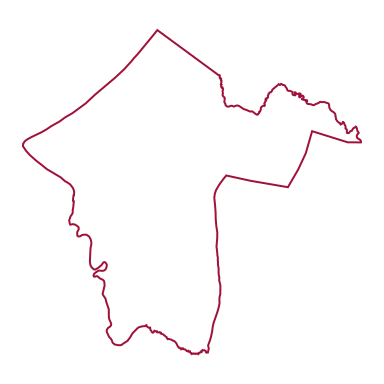 Nchelenge, Luapula, Zambia (Robinson projection)
{"feature_id": "96606910B37258058096160", "entity_name": "Nchelenge", "entity_type": "district", "adm_level": 2, "iso_a3": "ZMB", "parent_name": "Zambia", "parent_adm1": "Luapula", "projection": "robinson", "projection_center": [28.93, -9.367], "detail": "fine", "context": "isolated", "style": "outline", "palette": "rose", "viewbox_px": 384, "rotation_deg": 0, "n_neighbors": 0, "source": "geoboundaries", "source_scale": "gbopen_adm2", "svg_char_len": 5915}
<svg xmlns="http://www.w3.org/2000/svg" viewBox="0 0 384 384"><path d="M157.3,30.1L153.1,35.4L137.7,54.1L133.8,58.3L131.3,61.4L124.4,69.0L114.9,77.9L95.0,94.7L85.7,103.4L72.4,113.2L65.1,117.4L59.7,121.4L51.3,126.1L46.8,129.2L41.4,132.3L31.8,136.9L27.0,139.5L24.7,141.4L23.1,143.9L23.0,146.3L26.2,151.0L27.4,152.3L29.7,154.9L36.3,160.8L41.9,165.1L46.9,169.2L60.6,177.3L64.9,181.1L65.7,181.6L66.8,182.1L70.2,184.4L73.0,188.1L73.9,190.7L74.2,192.9L74.0,195.1L73.6,195.1L73.1,198.3L73.0,200.6L73.4,201.7L73.8,201.6L73.2,207.7L72.7,210.0L72.7,212.8L71.9,214.5L70.6,216.2L69.2,220.3L69.8,223.7L70.2,224.6L71.0,224.6L72.7,224.1L75.1,224.6L77.5,226.2L78.4,227.0L78.6,227.4L78.7,229.4L77.2,232.2L77.3,235.6L78.1,236.3L78.6,236.5L80.0,236.4L81.6,235.3L82.5,234.9L84.4,234.7L86.4,234.7L89.1,236.5L90.6,239.2L91.3,241.8L91.3,244.4L90.6,247.7L90.4,250.5L89.9,261.6L90.3,264.7L91.4,267.1L93.6,269.2L95.0,269.6L96.5,268.9L98.8,267.4L101.5,265.1L103.4,262.4L104.6,262.1L106.0,263.1L106.8,264.8L106.7,266.4L105.9,268.9L104.5,270.3L102.6,270.9L99.9,270.6L98.7,270.6L98.2,270.8L96.4,272.0L94.2,273.7L93.5,275.4L93.6,276.0L94.2,276.7L95.3,276.6L96.1,276.2L97.1,276.2L98.4,277.0L100.0,278.5L101.3,279.0L103.1,280.0L103.9,280.9L104.3,281.7L104.6,285.6L102.6,293.9L103.2,295.2L105.5,298.6L106.3,302.0L108.8,309.3L108.8,315.3L109.0,318.1L109.6,320.1L110.3,321.4L111.2,324.0L111.1,325.1L110.3,326.4L108.1,327.9L107.2,329.1L106.8,330.0L106.7,331.7L109.1,336.9L110.8,338.7L111.7,340.1L112.7,342.8L114.6,344.4L118.1,345.2L120.6,345.2L121.8,344.8L122.8,343.9L127.8,340.7L128.3,339.7L130.0,337.6L132.5,333.3L137.4,328.3L138.8,327.3L142.4,326.3L145.2,326.1L145.6,325.6L146.4,325.2L146.6,326.0L147.5,327.0L149.0,327.8L150.1,327.6L150.4,329.9L151.4,331.0L151.7,331.7L152.1,332.3L152.8,332.7L153.9,331.9L154.4,330.8L155.2,331.2L156.9,331.3L156.9,332.2L157.3,332.4L158.9,332.3L159.1,332.2L159.6,332.2L160.1,332.8L160.7,332.5L161.0,332.8L161.1,333.7L162.5,334.1L163.7,334.7L164.0,335.2L164.7,335.6L165.6,336.5L166.6,337.1L166.8,337.5L166.8,338.0L167.3,338.7L167.9,339.2L168.3,338.9L169.1,339.0L171.4,339.7L172.7,340.6L173.8,340.8L174.8,341.5L176.1,342.9L177.6,345.9L178.8,347.7L179.5,348.0L179.7,347.8L180.1,348.3L180.6,348.3L180.9,348.6L181.2,349.3L182.1,348.8L182.2,348.4L182.9,348.3L183.1,348.7L182.9,349.1L184.7,349.3L185.5,349.7L186.7,351.0L187.4,351.2L187.7,351.0L188.2,351.5L188.5,351.1L188.7,351.5L190.0,351.4L190.0,352.1L190.3,352.6L190.7,352.8L191.3,353.7L191.6,353.2L192.9,353.9L193.8,353.4L194.5,353.8L195.2,353.6L195.5,353.9L196.7,353.5L197.5,353.9L197.5,353.7L197.9,353.5L198.0,353.9L198.3,353.9L198.6,353.2L199.1,353.3L199.4,352.8L199.7,352.8L200.4,352.1L200.4,352.4L200.7,352.4L201.6,352.1L201.8,351.4L202.6,350.0L203.3,350.3L203.9,350.4L204.2,350.2L205.3,350.7L205.8,351.1L205.9,352.2L206.5,352.7L207.2,352.4L207.9,352.5L208.8,348.3L208.1,345.9L208.3,344.9L210.1,339.9L211.0,336.7L212.1,331.7L212.8,326.4L213.6,322.9L217.4,312.0L219.0,306.3L219.5,303.5L219.4,298.9L219.6,296.8L220.3,294.2L220.4,285.5L219.1,279.9L219.4,278.2L218.6,273.5L218.6,268.4L217.9,264.2L218.0,261.7L217.7,260.3L217.9,258.0L217.4,255.5L217.2,252.2L216.5,246.4L217.2,238.3L217.3,232.3L216.3,225.9L215.7,218.5L215.6,212.6L215.1,205.6L214.3,197.8L214.8,193.8L216.1,190.0L219.3,184.6L223.3,179.1L226.3,175.5L250.6,180.8L287.9,187.2L298.2,169.5L305.8,153.2L312.1,131.2L347.7,142.3L360.9,142.4L361.0,141.3L360.7,140.6L359.7,139.5L357.7,138.3L357.1,137.7L356.7,136.0L357.5,134.2L358.5,133.3L358.7,132.9L358.3,132.1L357.6,131.4L356.7,127.9L356.2,126.9L355.7,126.6L354.7,127.6L353.5,128.1L352.8,128.9L351.8,130.8L350.8,131.0L350.2,131.3L349.6,132.2L348.8,133.0L348.2,133.2L346.9,132.8L346.9,129.9L346.6,129.3L345.8,128.8L345.4,128.1L345.6,127.1L345.5,126.1L344.6,124.6L344.0,122.8L343.2,122.0L342.9,122.0L342.3,123.4L341.7,123.9L340.7,124.5L340.4,124.2L339.9,123.0L338.7,122.5L337.4,121.3L336.0,119.2L335.8,117.2L335.4,116.3L335.5,115.5L335.1,113.7L333.5,112.1L331.9,111.2L330.3,109.7L329.3,107.6L329.1,104.8L328.9,104.1L328.4,103.4L323.7,101.9L322.3,102.2L320.3,101.8L319.7,102.0L318.6,103.0L315.6,104.1L314.0,105.1L313.4,105.2L311.3,104.5L312.1,104.3L311.3,104.5L310.3,104.2L307.7,103.9L306.9,103.3L306.5,102.3L305.7,101.0L305.8,100.6L307.1,100.9L307.1,100.4L305.7,100.0L303.9,99.9L302.0,99.3L301.9,99.0L302.2,98.6L303.7,97.7L303.7,96.9L303.2,96.0L302.6,95.7L302.2,95.7L301.3,96.2L300.1,97.1L299.7,97.3L299.3,97.1L299.1,96.4L299.1,95.8L299.5,95.1L300.6,94.8L300.7,94.1L300.4,93.7L299.3,93.4L297.8,94.0L297.2,94.0L296.5,93.7L295.7,92.6L295.0,92.3L294.8,92.7L294.8,93.9L295.3,95.2L295.0,95.4L293.2,95.0L292.7,94.5L292.4,93.8L292.6,92.5L292.5,91.9L290.0,90.9L288.5,90.9L287.5,90.4L286.7,88.3L285.6,86.9L284.9,85.5L284.1,85.1L282.5,84.8L281.6,84.0L281.1,83.9L280.4,84.7L279.8,84.9L278.8,84.2L272.8,89.3L272.4,89.7L271.6,91.5L270.9,92.2L269.5,92.5L269.0,93.6L268.5,94.1L268.6,94.4L267.8,95.7L268.1,97.4L267.3,97.9L266.8,98.6L266.1,98.4L265.6,98.9L265.5,100.1L266.0,100.2L266.2,100.4L266.1,100.7L265.4,101.1L265.1,102.3L264.3,103.3L264.4,103.8L264.7,104.2L264.8,105.4L264.6,105.8L264.2,106.0L263.7,105.7L263.2,105.8L261.5,106.8L260.8,108.0L260.9,109.5L260.0,111.0L260.1,111.4L259.2,111.8L259.1,112.2L259.3,112.7L259.1,113.1L258.0,113.9L258.0,114.4L256.9,114.7L255.8,114.1L252.6,111.6L251.8,111.3L250.3,111.6L245.6,109.6L244.1,109.3L239.3,106.1L237.7,105.5L236.4,105.6L235.0,106.0L234.3,106.5L233.4,106.4L231.7,105.7L230.3,106.0L228.9,106.6L227.5,106.6L226.6,106.2L225.5,105.1L225.4,103.9L224.4,102.3L224.5,100.1L224.7,99.6L224.6,99.0L224.7,98.9L224.7,97.9L224.4,97.3L223.4,96.6L222.7,95.4L222.6,94.2L222.9,93.6L222.6,90.7L223.1,89.4L223.1,89.1L222.5,87.5L221.8,87.8L221.2,86.9L221.3,86.1L221.0,85.3L221.5,84.6L220.9,84.2L221.4,82.4L221.2,81.0L221.5,81.0L221.5,80.8L221.0,80.5L221.2,79.1L221.0,78.6L220.6,78.1L220.2,78.2L220.1,78.4L219.9,78.1L219.8,76.9L219.6,76.8L219.8,75.4L218.9,75.0L218.5,75.1L217.8,74.6L157.3,30.1Z" fill="none" stroke="#9f1239" stroke-width="2"/></svg>